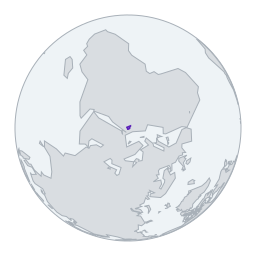 Al Minya on an orthographic globe, rotated 156°
{"feature_id": "EGY-1545", "entity_name": "Al Minya", "entity_type": "Governorate", "adm_level": 1, "iso_a3": "EGY", "parent_name": "Egypt", "parent_adm1": "", "projection": "orthographic", "projection_center": [30.491, 28.195], "detail": "fine", "context": "on_globe", "style": "filled", "palette": "violet", "viewbox_px": 256, "rotation_deg": 156, "n_neighbors": 0, "source": "natural_earth", "source_scale": "10m", "svg_char_len": 9837}
<svg xmlns="http://www.w3.org/2000/svg" viewBox="0 0 256 256"><g transform="rotate(156 128 128)"><circle cx="128" cy="128" r="113" fill="#eef3f6" stroke="#a8b0b8"/><path d="M143.0,16.4L142.7,16.4L137.7,15.9L137.4,15.9L140.9,16.3L142.8,16.8L137.6,16.2L140.3,17.0L132.4,17.1L118.9,16.7L114.3,17.9L99.8,20.8L100.9,21.0L96.1,22.7L95.7,23.6L93.1,24.2L94.9,24.4L97.3,23.8L99.0,23.7L98.9,24.3L95.6,25.0L95.2,24.9L94.2,25.4L92.6,25.6L93.4,25.8L89.4,26.9L93.2,26.8L89.9,28.4L87.3,28.8L87.8,27.6L83.0,26.5L80.5,27.1L76.5,29.0L68.6,34.8L65.8,36.2L61.9,39.0L63.3,38.6L66.9,36.3L68.6,36.6L72.8,34.1L74.1,34.0L78.4,32.2L77.5,33.9L74.3,36.6L70.8,38.3L69.3,39.6L72.5,39.4L65.6,44.2L60.8,50.5L59.0,51.8L56.0,51.4L56.5,47.6L52.5,48.3L54.8,49.5L50.4,53.1L49.5,54.5L49.6,55.4L51.2,54.7L49.6,56.5L46.8,55.7L48.2,54.1L49.1,54.2L49.2,52.7L47.3,52.7L45.2,54.8L44.5,53.5L43.0,55.2L42.0,56.0L44.4,53.4L40.0,58.2L39.1,58.9L44.4,52.5L50.3,46.4L56.6,40.9L63.3,35.8L70.3,31.2L77.7,27.2L85.4,23.7L93.3,20.9L101.3,18.6L109.6,16.9L117.9,15.8L126.3,15.4L134.7,15.6L143.0,16.4ZM17.9,104.4L17.4,107.4L17.2,108.2L16.1,119.9L16.8,128.3L17.0,133.8L16.7,135.8L17.4,138.5L17.4,140.2L22.0,150.7L25.8,159.2L26.7,165.2L25.4,168.9L29.0,180.8L28.1,180.1L24.4,172.3L21.3,164.2L18.9,155.9L17.0,147.4L15.9,138.8L15.4,130.2L15.5,121.5L16.4,112.9L17.9,104.4ZM78.6,31.4L78.5,31.8L77.8,31.9L78.6,31.4ZM80.6,30.4L79.8,30.3L80.6,29.8L81.1,29.9L80.6,30.4ZM145.5,16.8L146.8,17.2L144.6,16.7L145.5,16.8ZM81.3,30.7L82.1,28.9L83.6,28.1L86.5,27.8L81.3,30.7ZM147.0,17.3L150.2,18.4L152.2,18.6L148.5,18.9L147.0,17.7L144.0,17.0L146.3,17.3L147.0,17.3ZM98.1,23.3L95.6,24.1L97.8,23.0L98.1,23.3ZM99.2,22.7L103.7,19.9L107.4,19.3L105.2,20.2L110.1,19.3L109.8,20.3L107.0,21.1L104.6,21.2L106.3,21.5L99.2,22.7ZM146.0,19.0L146.0,19.3L145.0,18.9L146.0,19.0ZM99.8,23.6L100.3,23.0L103.7,22.4L103.1,23.5L102.2,23.4L99.8,23.6ZM111.6,18.6L114.0,18.5L114.3,19.2L115.3,19.3L110.1,20.3L111.6,18.6ZM101.4,23.8L102.8,24.2L101.2,25.0L99.4,24.2L101.4,23.8ZM104.8,21.9L106.3,21.7L105.3,22.1L104.8,21.9ZM96.2,28.6L96.8,27.7L98.5,27.3L96.2,28.6ZM103.4,24.3L103.9,24.0L104.7,23.8L105.2,24.2L103.4,24.3ZM110.7,20.8L110.4,21.3L112.9,20.5L113.2,21.2L109.7,21.7L111.4,21.8L111.5,22.0L108.5,22.3L110.7,20.8ZM108.1,24.1L103.7,25.3L102.2,27.0L100.5,27.3L103.3,24.6L108.1,24.1ZM108.6,23.0L107.9,23.7L106.2,23.7L105.6,23.2L108.6,23.0ZM114.8,21.5L115.1,20.3L115.9,20.2L114.8,21.5ZM108.0,24.5L109.0,24.2L108.1,24.6L108.0,24.5ZM113.1,22.4L113.1,21.9L113.9,21.8L113.1,22.4ZM111.1,24.1L109.7,24.5L109.3,24.1L111.1,24.1ZM112.3,23.3L113.5,23.3L110.0,23.7L112.1,23.1L112.3,23.3ZM113.9,22.4L114.4,22.2L113.7,22.6L113.9,22.4ZM113.6,25.5L109.3,26.1L108.3,25.2L112.7,24.7L113.6,25.5ZM52.9,155.3L46.9,137.1L50.2,131.9L51.0,124.4L73.7,104.7L78.3,107.4L95.9,107.3L98.1,108.5L95.7,114.3L108.8,123.0L113.3,118.3L125.3,122.7L133.5,122.5L136.9,111.2L123.5,111.4L121.4,105.9L132.4,101.0L144.2,101.3L143.8,99.2L136.5,94.8L139.5,90.8L134.1,92.9L136.1,95.0L132.8,96.6L130.7,94.8L131.8,93.4L128.3,92.5L123.9,100.0L125.5,102.9L116.2,104.1L118.0,109.2L115.4,111.5L111.5,103.7L112.0,100.9L104.6,92.4L103.1,95.3L110.1,103.7L107.8,103.0L105.9,107.5L105.6,103.5L98.4,94.0L90.1,94.7L79.3,104.7L74.6,104.6L70.8,101.3L75.2,90.1L85.2,91.5L86.9,88.0L85.3,82.2L88.4,83.3L89.0,81.2L92.8,81.6L98.6,77.4L102.5,77.4L105.1,71.4L107.5,70.8L105.3,74.4L105.8,77.1L115.7,77.7L117.7,76.5L118.6,72.7L121.2,73.5L120.8,69.8L126.7,68.6L119.2,67.1L120.1,63.1L123.8,60.3L122.7,58.8L116.7,63.5L115.5,65.7L116.6,67.9L112.2,74.3L108.7,75.2L108.3,67.9L103.4,68.4L105.2,62.9L120.4,52.8L126.5,51.2L135.9,56.4L134.3,58.7L130.1,58.0L133.6,62.2L133.5,60.1L135.7,61.0L137.0,57.8L138.6,58.3L137.2,54.5L139.3,54.8L140.2,57.1L144.0,53.0L148.5,52.9L148.6,51.8L147.4,50.7L153.9,51.5L153.7,50.7L151.5,50.1L149.6,48.1L148.9,45.0L151.2,45.5L151.7,46.6L156.4,50.0L157.6,53.3L158.4,53.2L157.9,50.5L152.3,46.3L151.2,44.4L154.1,46.0L153.0,45.3L153.1,44.5L155.4,44.2L152.3,42.4L151.1,34.2L155.4,33.2L158.1,35.3L159.7,31.1L164.4,31.0L162.4,30.3L161.7,28.3L160.2,28.2L159.2,27.8L156.9,23.3L158.1,22.9L154.8,20.9L153.8,20.6L152.7,20.8L148.5,18.9L152.2,18.6L154.4,19.2L155.2,19.0L160.0,20.4L164.5,21.7L169.3,23.9L172.4,25.0L172.3,24.8L176.5,26.5L185.1,31.0L178.3,28.1L165.4,22.9L170.7,24.9L169.5,24.8L171.4,25.8L175.2,27.4L175.6,27.3L181.8,32.7L190.9,39.2L190.2,37.1L192.4,37.9L202.1,45.0L213.9,59.5L217.1,61.9L219.1,64.4L220.4,67.3L217.5,63.7L216.4,63.7L214.5,61.3L215.7,65.3L213.1,62.1L215.2,67.0L217.4,68.8L217.4,66.3L220.3,72.2L223.8,74.7L227.2,80.1L231.5,93.5L231.4,100.1L232.0,102.2L230.4,101.5L230.6,107.1L235.5,115.0L236.2,118.1L235.4,127.1L235.0,124.8L230.7,123.0L231.6,131.1L234.9,134.4L236.1,140.7L234.3,140.6L232.9,135.3L231.4,134.4L230.6,127.6L227.0,119.3L225.0,123.2L224.0,119.3L218.8,113.4L215.4,119.0L210.8,133.8L212.1,144.2L209.6,150.2L201.9,138.0L198.4,128.6L195.6,130.7L187.6,124.3L173.9,127.6L171.9,125.3L169.4,127.2L163.7,125.5L160.7,121.5L157.3,122.4L165.4,132.9L169.0,132.0L172.0,126.8L173.6,130.7L179.0,133.2L173.1,144.7L152.7,156.9L150.7,149.2L135.2,128.1L135.6,125.6L135.6,125.3L135.4,124.8L134.0,129.0L131.3,124.7L139.6,139.8L141.0,146.4L152.4,157.4L151.4,158.7L155.0,160.8L166.8,156.0L166.9,158.6L161.3,171.4L145.0,188.5L147.2,198.0L146.0,205.9L135.9,211.5L136.9,217.0L131.7,219.0L131.4,221.9L127.3,224.9L120.3,227.4L108.4,226.8L107.6,224.4L101.6,218.9L93.1,204.7L96.1,198.5L95.0,193.0L86.4,179.4L88.2,172.4L86.0,168.9L81.3,168.9L78.6,164.6L75.8,164.0L58.1,162.0L52.9,155.3ZM65.7,116.3L65.0,118.5L65.7,116.3ZM156.6,107.4L163.7,106.9L160.5,100.2L162.9,99.6L161.0,97.7L160.2,99.8L155.4,94.5L158.4,92.1L157.5,89.2L155.1,89.3L150.4,94.7L157.3,102.0L155.7,105.1L156.6,107.4ZM17.4,107.5L17.1,109.3L17.2,108.4L17.4,107.5ZM22.1,89.8L21.6,91.6L21.8,90.6L22.1,89.8ZM23.4,86.1L22.5,88.6L22.7,88.1L23.4,86.1ZM50.6,53.2L50.7,53.3L50.5,54.5L49.8,54.5L50.6,53.2ZM53.8,57.1L51.2,59.9L52.6,57.8L51.2,58.1L52.5,54.4L58.2,52.3L55.4,53.8L53.8,57.1ZM55.8,49.2L54.3,51.6L55.7,49.1L55.8,49.2ZM88.3,70.5L89.5,72.0L87.8,74.2L82.8,75.0L85.2,71.8L88.3,70.5ZM91.5,73.8L92.5,66.8L95.6,66.3L93.7,67.7L95.7,68.1L93.1,70.5L95.1,77.2L93.8,79.6L85.3,79.3L88.8,77.9L87.5,76.4L91.5,73.8ZM89.5,52.5L90.0,50.2L96.2,52.0L95.0,54.0L90.0,54.7L88.4,52.8L89.5,52.5ZM86.4,30.8L86.2,30.3L87.1,30.0L88.0,30.2L86.4,30.8ZM96.3,28.2L88.3,32.7L87.7,32.4L83.8,35.9L80.5,36.3L83.2,34.0L77.8,37.1L78.8,35.2L75.4,37.5L81.5,32.2L82.3,30.9L82.7,32.2L85.6,31.8L87.1,31.2L92.0,28.6L95.0,25.8L98.4,25.2L100.1,25.5L99.8,26.1L97.7,26.2L98.9,26.9L95.7,27.6L96.3,28.2ZM116.9,33.7L114.5,33.0L116.4,35.8L113.2,36.0L113.6,36.3L111.1,37.3L108.9,39.1L107.4,39.0L107.2,39.8L105.5,40.6L104.7,41.7L101.8,41.9L100.6,43.3L99.9,42.6L98.5,45.1L98.3,43.4L96.1,44.4L97.5,45.6L84.0,45.1L78.5,46.8L74.1,49.3L74.2,46.3L78.4,42.3L84.5,38.5L89.8,37.5L88.9,36.5L91.1,35.8L90.9,36.9L92.6,34.8L94.4,34.6L99.8,32.1L101.2,29.6L103.2,28.8L103.6,29.7L105.3,28.3L107.4,29.4L108.9,28.8L112.4,29.6L112.2,31.8L113.9,31.1L116.6,31.8L116.9,33.7ZM114.5,25.7L115.1,28.0L113.6,29.3L108.1,27.5L106.4,27.8L102.9,27.0L105.2,25.3L106.0,25.6L107.3,25.6L106.1,26.1L108.0,25.7L109.2,26.2L111.1,26.0L110.7,26.7L114.5,25.7ZM100.7,106.5L102.4,107.0L105.1,107.0L104.0,110.0L100.7,106.5ZM95.7,100.1L97.2,99.9L97.0,103.8L95.2,103.5L95.7,100.1ZM98.3,96.6L97.4,99.6L96.8,97.8L98.3,96.6ZM106.8,74.1L108.5,73.8L108.5,74.7L107.5,76.0L106.8,74.1ZM122.1,43.2L120.9,42.3L121.5,41.9L121.1,39.3L123.5,39.2L124.6,40.6L122.1,43.2ZM134.5,113.2L132.0,115.4L130.8,114.4L131.9,113.9L134.5,113.2ZM117.2,113.0L121.0,114.5L116.8,113.8L117.2,113.0ZM124.6,42.6L124.1,41.5L125.6,42.1L124.6,42.6ZM125.2,38.9L127.0,39.4L123.7,38.9L125.2,38.9ZM174.3,230.0L174.6,230.2L173.0,230.8L174.3,230.0ZM165.1,202.3L157.2,216.1L151.9,216.8L151.1,213.4L154.1,205.3L160.3,202.2L163.3,198.0L165.1,202.3ZM239.1,146.8L237.1,152.6L236.0,153.6L236.5,151.4L238.3,148.1L239.1,146.8ZM236.4,151.5L234.3,150.2L229.5,141.1L231.2,139.6L235.9,143.1L235.7,144.8L237.0,146.5L236.4,151.5ZM240.3,134.2L240.0,139.0L239.2,141.8L238.7,142.6L238.4,137.9L238.6,134.5L239.1,133.4L239.6,119.1L240.1,119.9L240.3,125.3L240.6,127.8L240.3,134.2ZM212.6,145.0L215.2,150.0L213.6,151.8L212.6,145.0ZM238.7,110.5L239.3,116.6L238.4,109.3L238.7,110.5ZM237.6,104.3L238.1,106.3L237.5,105.0L237.6,104.3ZM233.0,105.1L232.5,106.8L232.0,105.4L232.3,102.3L233.0,105.1ZM229.8,84.7L231.8,89.0L232.5,90.6L231.3,88.7L229.8,84.7ZM144.4,41.6L142.3,45.1L142.4,48.0L144.9,49.9L140.4,48.9L140.3,44.5L144.4,41.6ZM150.0,34.9L147.8,33.5L149.3,33.4L150.0,33.7L150.0,34.9ZM148.3,34.6L144.5,34.5L143.6,33.2L146.7,33.6L148.3,34.6ZM134.5,38.1L133.7,39.1L132.6,38.5L134.5,38.1ZM240.4,134.9L240.5,134.5L240.6,128.4L240.6,125.4L240.6,125.1L240.6,127.2L240.6,127.9L240.6,128.4L240.4,134.9ZM239.6,112.4L239.4,111.6L239.7,114.3L238.6,106.7L238.7,107.2L239.6,112.4ZM238.6,107.1L239.0,109.5L238.3,105.4L238.6,107.1ZM238.7,108.6L238.2,106.3L238.2,105.7L238.7,108.6ZM238.6,106.6L237.6,102.2L238.1,104.2L238.6,106.6ZM236.7,101.2L237.7,103.2L237.4,104.1L234.8,96.3L234.8,95.0L236.7,101.2ZM220.5,64.7L219.1,62.9L218.4,61.5L219.6,63.1L220.5,64.7ZM214.7,56.1L217.7,60.6L219.9,64.6L220.4,64.8L223.0,68.8L221.0,66.6L217.7,61.3L216.5,59.0L214.0,56.0L211.7,53.0L208.7,50.0L207.0,48.1L209.3,50.2L214.7,56.1ZM207.5,48.9L201.4,43.5L201.1,42.6L202.3,43.6L205.2,46.3L205.2,46.6L207.5,48.9ZM199.8,42.0L199.8,42.3L190.8,36.9L188.8,35.6L195.5,38.8L195.8,39.3L198.0,41.0L199.8,42.0ZM147.2,19.4L146.1,19.3L146.8,19.2L147.2,19.4ZM158.4,27.8L157.1,27.2L157.9,26.9L158.4,27.8ZM154.0,25.4L154.0,26.1L153.0,25.2L154.0,25.4ZM154.1,27.9L153.5,26.3L155.5,28.1L154.1,27.9Z" fill="#d9dde1" stroke="#a8b0b8" stroke-width="1"/><path d="M124.8,129.0L124.9,128.7L125.0,128.6L125.9,128.1L126.2,127.9L126.4,127.6L126.7,126.9L128.5,126.8L128.8,127.0L128.7,127.5L128.6,127.8L128.6,128.0L128.7,128.3L128.7,128.6L128.8,128.7L128.8,128.8L128.8,129.1L128.6,129.2L128.4,129.1L124.8,129.0Z" fill="#8b5cf6" stroke="#5b21b6" stroke-width="1.5"/></g></svg>